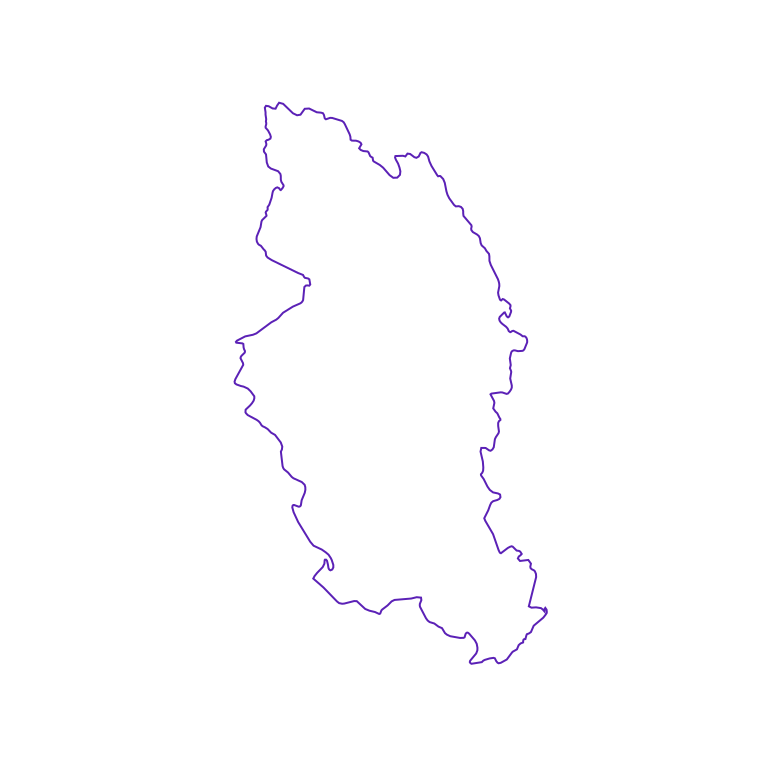 outline of Kachin, rotated 332°
{"feature_id": "MMR-3296", "entity_name": "Kachin", "entity_type": "State", "adm_level": 1, "iso_a3": "MMR", "parent_name": "Myanmar", "parent_adm1": "", "projection": "robinson", "projection_center": [97.371, 26.091], "detail": "fine", "context": "isolated", "style": "outline", "palette": "violet", "viewbox_px": 768, "rotation_deg": 332, "n_neighbors": 0, "source": "natural_earth", "source_scale": "10m", "svg_char_len": 6152}
<svg xmlns="http://www.w3.org/2000/svg" viewBox="0 0 768 768"><g transform="rotate(332 384 384)"><path d="M383.9,164.3L386.2,163.5L388.1,162.3L388.6,161.4L388.3,157.2L388.8,155.2L390.6,151.7L391.1,149.9L390.4,146.4L385.3,140.7L383.9,137.6L384.5,133.4L387.6,125.9L387.1,122.5L388.1,120.3L391.9,118.1L392.8,116.9L393.4,114.2L394.9,113.7L396.8,114.1L398.9,114.0L400.1,112.7L400.6,110.2L400.6,105.6L399.8,102.2L400.3,101.1L402.0,99.3L402.6,98.2L402.9,96.9L404.3,94.9L405.9,90.5L407.0,88.4L408.5,84.1L410.4,83.0L412.6,84.6L415.0,88.4L417.5,90.0L420.3,88.0L423.4,86.4L426.5,89.3L430.7,102.2L433.4,105.9L436.7,107.0L443.2,103.8L447.2,105.6L452.2,112.5L455.7,114.8L457.2,116.2L457.3,118.2L456.4,121.7L457.0,123.0L461.3,123.7L463.1,124.7L470.4,132.0L471.3,134.0L471.4,136.3L470.9,147.4L470.4,149.9L469.2,152.6L469.9,154.0L473.6,156.1L475.4,157.9L476.6,160.0L476.6,161.8L472.7,164.2L473.3,166.4L475.1,168.6L478.7,171.0L479.1,172.2L478.8,176.3L479.3,177.4L480.2,178.8L479.2,181.7L479.5,182.8L483.1,188.6L484.8,192.6L487.0,202.2L489.0,206.3L492.6,208.0L496.3,206.8L498.3,203.9L499.3,200.1L499.9,196.0L499.8,191.5L500.1,189.2L501.1,188.1L507.9,191.4L509.7,193.1L512.9,191.6L515.1,193.2L517.3,198.0L518.8,199.5L521.5,199.4L524.7,197.1L526.0,197.0L528.0,198.8L529.4,201.3L529.7,203.8L528.6,208.8L528.3,213.8L529.0,224.7L529.3,226.0L530.7,226.4L531.4,226.9L532.5,230.8L532.1,234.9L529.6,243.1L528.9,246.7L528.8,250.7L529.9,258.7L530.8,260.9L533.5,262.1L535.1,263.8L535.7,266.3L535.1,268.5L534.0,270.6L533.1,272.9L535.7,284.8L535.3,286.1L533.8,287.9L533.4,289.2L533.8,291.6L536.3,295.6L537.2,297.9L537.1,300.4L535.5,305.0L535.3,307.5L536.8,311.5L536.9,314.6L537.8,318.4L537.0,320.7L534.9,324.8L534.2,329.0L533.8,345.0L533.4,347.4L532.8,349.6L531.8,351.7L527.6,356.9L526.7,359.5L526.0,364.0L526.6,365.2L528.7,364.7L529.7,365.8L532.3,371.8L532.7,373.8L532.1,374.9L530.7,376.3L530.7,378.9L530.1,379.9L526.3,383.2L524.8,383.4L524.1,381.9L524.3,377.5L523.6,377.3L517.7,379.1L516.3,380.4L515.8,382.3L516.0,384.4L516.7,386.5L518.7,390.9L519.2,393.1L519.0,395.9L519.8,397.5L520.8,397.6L522.1,397.4L523.3,397.8L527.8,404.5L528.8,406.9L530.6,407.9L531.1,408.6L531.4,410.2L531.2,411.8L530.6,413.3L529.9,414.5L524.4,419.1L522.8,419.8L521.7,419.7L517.7,417.9L515.3,415.7L514.0,415.1L512.1,415.2L510.9,416.1L507.1,420.5L504.8,426.8L502.6,429.2L502.3,432.1L502.0,433.1L498.0,438.4L496.1,445.4L495.1,447.2L493.6,448.5L491.4,449.7L489.0,450.6L487.6,450.3L484.5,447.0L483.0,446.1L474.3,442.9L473.2,443.1L473.2,450.6L472.6,452.5L469.0,456.8L469.5,460.8L470.3,463.1L470.1,467.8L470.3,469.5L469.9,470.4L468.0,470.8L466.5,472.0L465.1,474.7L463.2,479.9L462.0,481.2L457.7,483.5L456.0,484.8L451.2,491.4L449.0,492.7L446.8,493.0L445.7,492.0L443.7,488.2L439.9,486.1L437.5,489.0L434.9,498.8L432.5,504.3L430.8,507.1L429.1,508.5L427.2,509.2L426.8,510.3L427.4,514.7L427.2,523.1L427.7,527.2L429.4,530.9L433.3,534.2L434.6,536.1L433.7,538.6L432.0,539.6L429.6,539.6L425.4,538.7L423.0,539.2L420.8,540.8L416.7,544.5L409.5,549.6L409.2,552.3L409.8,567.8L407.2,584.5L407.1,587.3L407.8,588.3L416.4,586.9L418.9,586.9L420.5,587.2L421.3,588.1L422.9,593.3L424.9,594.8L425.6,596.0L425.8,598.7L424.1,599.3L422.0,599.6L420.3,600.9L421.0,604.1L428.8,607.1L429.4,611.6L427.4,614.0L427.0,615.3L427.4,616.8L428.9,618.9L429.3,620.2L429.0,623.1L427.7,625.9L407.5,648.3L409.2,650.7L413.4,652.6L417.4,655.6L418.4,657.8L418.9,660.1L420.2,658.0L421.3,657.4L421.6,659.5L420.7,661.8L420.0,662.7L418.1,663.7L414.9,665.1L402.7,667.7L397.3,672.0L394.8,672.3L392.7,672.0L391.8,672.7L389.1,675.6L388.2,675.1L387.2,675.2L386.2,676.3L385.5,677.5L382.8,677.2L380.3,677.8L376.8,680.7L372.2,680.8L371.1,681.1L363.1,684.9L356.2,685.0L354.1,684.4L353.4,683.4L353.0,681.4L353.1,678.2L352.1,677.2L348.4,675.9L343.4,674.9L341.7,674.9L339.8,675.5L329.9,672.1L329.3,671.1L329.2,669.8L330.1,668.8L338.9,665.2L341.4,663.0L342.7,660.7L343.9,656.9L343.9,653.0L342.0,644.5L341.4,643.1L340.7,642.5L339.8,642.5L338.7,643.0L336.2,645.5L335.1,645.5L331.9,643.9L324.1,637.8L321.9,634.9L320.9,632.6L320.6,626.8L318.2,623.8L316.0,619.1L312.5,615.6L311.5,613.3L311.1,610.5L311.2,597.6L311.6,596.4L312.4,595.0L315.5,592.4L316.4,590.0L312.8,587.6L307.3,586.2L291.9,579.6L288.7,579.5L283.2,581.2L276.5,582.3L275.4,582.7L272.9,584.9L271.8,584.8L269.0,581.1L264.7,577.3L261.8,573.8L258.0,562.9L255.6,561.6L245.8,559.2L243.9,558.4L241.5,556.4L240.4,553.9L235.0,535.2L230.2,522.6L232.5,521.0L236.2,519.4L243.9,516.9L247.0,514.7L248.9,511.7L249.4,511.4L250.4,511.9L250.7,513.3L249.7,517.2L248.6,520.3L248.5,521.7L248.8,522.8L249.3,523.4L251.2,523.5L253.1,522.2L254.3,520.0L255.2,515.0L255.3,512.7L254.9,508.7L253.5,505.2L251.3,500.9L245.9,493.7L244.8,488.6L243.4,465.6L244.0,454.8L245.1,449.9L246.2,448.5L247.1,448.3L247.8,448.6L251.0,452.2L251.9,452.6L252.9,452.5L253.7,452.0L256.7,448.0L262.9,442.9L264.9,440.5L266.1,438.1L266.6,435.7L265.4,432.0L259.8,424.7L258.9,422.7L257.7,417.1L255.7,412.4L255.6,410.9L255.9,408.9L261.2,395.3L263.1,393.9L264.8,391.5L265.4,387.2L263.9,377.8L261.5,374.0L260.1,369.1L258.5,366.3L257.0,364.3L256.5,363.0L256.3,359.9L255.8,358.0L254.7,355.8L249.1,347.5L248.4,345.0L248.4,343.9L249.8,341.7L255.6,340.1L258.4,339.0L261.1,337.5L262.9,335.6L263.7,333.9L262.8,327.8L261.6,324.1L258.8,320.4L256.7,318.6L253.5,315.1L252.7,313.3L253.2,311.7L255.1,309.9L268.7,301.0L269.3,299.4L269.4,293.9L270.1,293.0L271.4,292.2L275.8,290.9L276.7,289.7L276.8,287.5L277.2,285.8L278.6,282.6L278.1,281.7L273.0,278.2L273.0,277.3L274.5,276.7L283.8,276.8L291.4,279.0L295.1,279.4L313.5,276.6L319.1,276.6L321.7,276.1L328.3,273.7L339.9,272.9L348.0,273.5L349.4,273.3L350.7,272.8L352.0,271.9L359.2,261.0L361.2,260.4L362.5,260.9L364.2,262.1L365.6,261.5L367.2,256.6L366.6,255.3L364.0,253.1L363.7,251.9L363.7,249.7L360.2,245.6L343.1,222.0L340.6,217.7L340.2,215.3L341.6,211.7L341.4,209.9L341.0,208.8L340.2,204.2L339.0,202.4L338.6,201.1L338.6,198.6L339.5,196.1L340.9,194.0L348.6,187.6L352.2,182.9L353.5,182.0L359.1,180.4L359.4,180.0L360.0,177.1L360.7,176.4L362.8,175.7L363.4,175.0L364.2,173.2L366.9,171.8L372.2,166.8L375.3,162.9L376.5,161.6L378.4,160.6L380.5,160.1L382.1,160.3L383.3,161.9L383.4,163.5L383.9,164.3Z" fill="none" stroke="#5b21b6" stroke-width="2"/></g></svg>